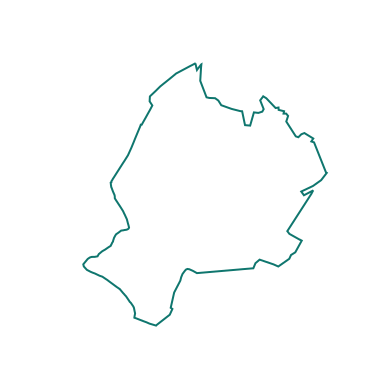 outline of Sheikan, North Kordufan, Sudan, rotated 58°
{"feature_id": "16777658B67659775145128", "entity_name": "Sheikan", "entity_type": "district", "adm_level": 2, "iso_a3": "SDN", "parent_name": "Sudan", "parent_adm1": "North Kordufan", "projection": "orthographic", "projection_center": [29.994, 13.034], "detail": "fine", "context": "isolated", "style": "outline", "palette": "teal", "viewbox_px": 384, "rotation_deg": 58, "n_neighbors": 0, "source": "geoboundaries", "source_scale": "gbopen_adm2", "svg_char_len": 3056}
<svg xmlns="http://www.w3.org/2000/svg" viewBox="0 0 384 384"><g transform="rotate(58 192 192)"><path d="M141.0,256.0L143.9,257.4L144.1,257.4L144.8,257.8L145.1,257.9L145.5,257.9L149.4,258.7L149.8,258.8L150.8,258.9L151.4,259.0L151.7,259.1L153.0,259.2L154.6,259.7L155.4,260.2L156.5,260.8L157.1,260.8L158.6,260.8L167.4,260.6L171.0,260.6L171.9,260.6L172.5,260.7L174.0,260.9L176.2,261.1L176.8,261.2L180.7,261.7L185.4,263.2L185.6,263.2L187.8,263.9L188.9,264.3L189.4,265.2L189.5,265.5L189.5,266.5L189.2,267.8L188.6,269.1L188.5,269.3L188.1,270.5L187.2,272.5L187.5,275.8L187.6,277.8L187.6,278.3L187.6,278.6L188.1,279.8L188.3,280.2L189.7,282.6L189.8,282.7L190.8,283.8L191.0,284.1L191.2,284.4L192.1,285.2L192.8,286.7L193.2,287.3L193.3,287.4L194.1,288.7L194.1,288.9L194.6,289.5L194.6,291.3L194.6,292.0L194.8,296.3L194.7,298.5L194.7,299.8L195.2,303.3L195.2,303.6L195.3,304.0L196.4,306.0L196.5,306.2L195.4,309.0L193.8,311.6L193.6,312.6L193.4,313.4L193.5,315.7L193.5,315.9L193.6,316.2L195.7,322.5L197.8,323.2L202.3,322.4L205.9,320.3L207.2,319.4L208.3,318.6L209.4,317.7L214.1,314.7L216.3,312.9L219.9,311.3L220.8,310.9L221.6,310.5L223.5,309.8L232.4,306.3L236.0,304.7L236.2,304.8L236.6,304.6L241.1,304.0L242.5,303.7L243.3,303.6L243.5,303.6L245.5,303.2L250.9,303.0L252.3,303.0L252.7,302.8L253.7,302.6L256.0,302.5L258.2,302.4L258.9,302.6L259.4,302.6L263.1,304.0L264.8,304.6L267.1,306.7L267.7,307.2L267.9,307.4L268.1,307.5L268.9,306.8L276.0,301.5L278.3,299.7L281.1,297.8L286.2,293.3L286.1,293.1L284.3,275.9L280.8,270.6L278.9,271.4L267.8,260.4L261.0,248.9L258.6,246.4L256.5,243.5L255.2,240.2L254.6,238.4L254.7,237.6L254.8,236.7L256.1,235.2L259.4,233.0L263.4,230.8L283.2,192.1L283.7,191.1L289.2,180.4L286.0,175.9L285.2,170.5L296.6,161.2L300.9,158.3L300.2,144.9L297.9,141.4L297.9,138.4L297.9,136.4L291.4,124.7L289.7,125.7L289.7,125.8L279.1,131.6L275.7,131.9L256.8,91.7L255.3,89.2L254.9,88.3L254.1,98.8L249.5,99.1L251.0,86.2L250.4,76.2L247.2,67.6L246.4,68.0L214.6,62.2L212.4,64.0L210.9,60.8L201.5,65.5L201.0,68.6L201.0,68.8L201.9,72.8L199.8,74.5L182.2,74.7L178.4,70.2L175.4,70.6L174.0,72.8L172.3,71.1L168.3,75.0L166.2,73.9L165.1,76.6L151.9,79.3L148.6,80.9L148.7,81.1L150.4,85.6L159.7,87.3L161.1,89.8L160.1,93.8L157.3,97.3L166.5,107.5L163.4,111.6L161.7,111.0L150.1,106.7L149.0,108.2L142.6,114.3L139.6,116.7L133.9,121.2L128.4,121.2L124.7,122.7L121.4,127.5L119.4,129.5L102.1,126.1L91.0,118.2L88.7,116.4L88.7,116.6L91.0,122.9L91.1,123.1L89.4,122.6L87.5,121.9L86.6,121.6L84.7,121.0L84.7,120.9L84.7,120.6L84.4,124.8L84.2,127.0L83.2,141.4L83.1,142.6L83.8,147.9L84.8,156.0L84.9,156.8L85.0,157.9L85.6,162.8L86.1,165.1L87.1,169.5L87.6,172.0L88.5,176.5L88.7,177.1L91.1,178.8L92.7,179.9L97.6,179.8L100.0,183.9L102.3,188.1L104.8,192.6L105.0,193.0L106.8,196.3L108.3,199.0L108.2,199.4L107.9,199.7L107.8,199.8L108.7,200.9L116.8,212.3L118.5,214.6L122.3,219.9L122.5,220.2L124.3,222.9L126.9,226.8L130.0,233.2L130.9,235.2L136.7,247.4L138.1,250.3L139.0,252.3L139.2,252.6L139.3,252.7L140.2,254.6L141.0,255.2L140.9,255.5L141.0,255.7L141.0,256.0Z" fill="none" stroke="#0f766e" stroke-width="2"/></g></svg>